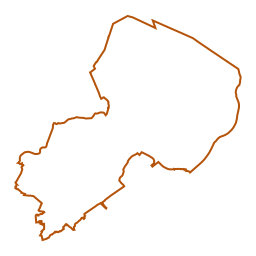 Leudal, Limburg, Netherlands
{"feature_id": "6326949B97609854971564", "entity_name": "Leudal", "entity_type": "district", "adm_level": 2, "iso_a3": "NLD", "parent_name": "Netherlands", "parent_adm1": "Limburg", "projection": "mercator", "projection_center": [5.85, 51.234], "detail": "fine", "context": "isolated", "style": "outline", "palette": "amber", "viewbox_px": 256, "rotation_deg": 0, "n_neighbors": 0, "source": "geoboundaries", "source_scale": "gbopen_adm2", "svg_char_len": 5549}
<svg xmlns="http://www.w3.org/2000/svg" viewBox="0 0 256 256"><path d="M239.4,85.0L239.5,84.2L240.0,82.6L240.2,79.7L240.5,78.9L240.6,77.1L240.5,76.5L240.1,75.6L239.4,73.8L239.1,72.4L239.0,71.7L238.3,69.0L213.3,52.2L199.3,42.7L192.8,38.1L152.8,20.5L155.4,28.0L132.8,17.4L127.6,16.0L113.1,23.8L109.1,35.9L109.0,36.0L108.8,36.0L108.3,37.4L108.5,37.5L104.5,50.0L98.9,58.5L96.6,62.2L96.0,62.3L93.7,66.0L93.8,66.3L95.0,68.7L90.2,72.5L90.3,72.7L90.2,72.7L92.8,78.6L95.3,84.4L95.2,84.5L96.2,86.6L99.0,93.2L99.6,95.1L99.9,96.1L101.2,98.8L101.4,98.7L103.4,97.4L103.8,97.3L107.5,100.5L108.2,101.4L108.3,101.8L108.2,101.8L108.3,103.3L108.8,105.4L108.8,106.8L108.7,107.1L108.7,107.3L108.7,107.7L108.0,107.8L108.2,108.8L108.2,109.2L106.9,113.4L106.9,113.8L105.7,115.2L104.2,113.1L103.7,112.7L103.0,112.5L100.3,112.4L97.5,113.5L97.1,113.6L95.6,113.4L95.1,113.5L94.7,113.9L93.4,116.0L91.8,117.9L91.3,118.2L85.9,118.5L82.9,117.8L80.8,117.8L78.1,117.5L77.1,117.2L76.6,117.2L74.0,118.2L71.8,118.5L70.9,118.8L68.6,119.3L68.3,119.4L64.5,122.6L64.0,122.8L59.7,123.5L59.3,123.4L58.2,123.0L57.2,123.9L56.5,124.1L56.0,123.9L55.3,123.3L55.0,123.1L54.5,123.2L53.8,123.8L53.7,123.6L53.1,124.6L53.0,125.7L52.9,126.2L52.9,127.3L52.9,127.2L52.8,128.2L47.4,142.5L47.2,142.7L46.5,145.9L46.2,146.5L45.9,147.0L45.4,147.3L44.6,147.5L44.1,147.5L43.0,147.3L42.5,147.4L42.1,147.6L41.0,148.3L40.4,149.0L40.3,149.3L40.1,149.7L40.1,150.2L40.1,151.7L40.0,152.3L39.8,152.8L39.3,153.3L38.5,153.7L37.5,153.9L34.8,154.0L31.6,152.7L28.7,151.8L28.1,151.8L25.2,152.2L24.7,152.3L21.2,155.0L20.6,155.7L19.8,157.6L19.8,158.3L19.9,160.5L19.8,161.0L19.5,161.4L18.4,162.6L18.4,162.8L18.1,163.0L19.2,163.3L20.1,164.1L20.4,163.9L21.9,163.3L21.8,163.9L22.2,165.2L22.4,165.2L24.0,164.8L22.2,166.3L22.2,166.5L21.5,167.1L22.3,169.3L21.0,173.3L16.0,182.1L15.9,182.0L15.5,182.4L15.6,182.6L15.6,182.8L16.4,183.9L16.8,184.4L16.4,184.3L16.2,185.7L16.1,186.9L15.4,186.9L15.4,188.2L15.4,188.3L18.2,189.6L18.3,189.4L21.9,192.6L21.7,192.9L24.9,193.9L24.1,195.1L29.2,195.7L30.8,195.7L33.6,196.2L41.8,203.2L40.6,205.7L40.7,205.8L39.7,208.3L38.6,210.2L38.9,210.4L39.1,211.0L39.3,211.1L40.5,211.3L42.3,211.5L44.0,211.8L44.3,212.3L43.1,213.1L42.0,214.0L41.7,214.1L40.9,214.0L38.6,214.9L38.3,215.1L38.3,215.4L38.0,215.3L37.8,215.4L37.3,214.7L37.1,214.6L36.4,214.7L35.8,215.5L35.7,216.0L36.2,222.5L36.9,222.4L37.3,222.2L38.1,222.1L38.2,222.3L38.6,222.2L38.8,222.3L39.8,222.9L39.6,222.2L39.5,221.1L41.5,221.0L41.8,223.9L41.3,223.9L41.1,224.1L41.9,224.3L42.7,224.8L43.2,223.8L44.0,223.8L44.2,227.2L44.1,227.6L44.1,229.1L43.6,229.4L43.1,230.0L42.4,230.4L41.5,231.4L42.1,231.8L40.9,234.1L40.1,235.5L41.7,235.8L42.5,240.0L43.0,239.8L43.3,239.8L43.6,239.5L44.0,239.6L45.7,239.0L46.0,239.0L46.6,238.7L47.0,238.6L47.4,238.2L47.5,238.1L47.8,237.9L48.3,237.9L48.9,237.6L49.0,237.4L49.1,237.1L49.4,236.7L49.6,236.4L49.7,236.0L50.1,235.4L50.9,234.8L51.4,234.6L51.7,234.6L51.8,234.4L52.1,234.4L52.2,234.2L53.1,233.7L53.5,233.5L53.6,233.4L53.7,233.1L54.4,232.6L54.7,232.1L55.0,232.3L55.5,232.1L55.7,231.8L55.9,231.9L56.0,232.1L56.4,231.8L56.6,231.7L57.4,232.0L57.7,231.9L57.9,232.1L58.1,232.0L58.5,232.1L58.8,231.8L59.6,231.4L59.9,231.1L60.1,231.1L60.4,231.4L60.5,231.4L63.7,229.0L63.2,228.2L63.6,227.8L63.3,227.0L64.2,226.3L64.9,225.4L65.7,224.4L66.4,225.0L66.8,224.4L69.2,226.5L71.2,227.9L72.4,229.2L73.3,230.0L74.3,229.8L74.1,229.5L74.0,229.3L73.9,228.0L74.0,226.8L74.3,226.7L74.9,226.1L74.9,224.5L75.2,223.8L75.8,223.4L77.4,222.5L78.7,221.1L80.4,219.8L80.8,219.3L81.2,218.4L81.7,217.9L82.2,217.7L82.7,218.1L83.0,218.2L83.6,218.8L83.9,219.0L84.5,218.3L84.1,218.2L83.7,217.7L85.0,216.0L84.5,215.7L84.6,215.0L84.4,213.9L96.1,205.9L96.6,205.4L97.0,205.1L97.7,204.7L99.0,204.1L100.6,203.1L101.6,204.3L102.5,205.1L105.1,207.7L106.1,208.5L106.4,208.0L105.1,206.8L103.6,205.0L103.3,204.5L102.7,203.5L102.8,203.3L102.3,202.4L104.2,201.0L104.5,200.9L104.7,200.7L104.9,200.3L104.9,200.2L106.3,199.0L109.8,196.4L110.2,196.0L124.1,186.4L123.9,186.1L124.0,186.0L123.2,184.8L121.0,182.8L120.8,182.6L120.4,181.8L119.4,180.8L119.3,180.1L119.7,178.4L119.8,178.1L120.2,177.5L120.5,177.1L122.1,175.8L122.7,174.8L122.9,174.3L123.7,171.5L123.7,171.0L123.3,169.9L123.3,169.5L124.9,166.4L126.0,165.0L127.8,162.4L127.8,162.0L127.8,161.5L127.9,161.2L129.0,159.4L131.3,156.9L132.7,155.8L134.4,155.1L136.3,154.1L137.4,153.2L139.5,155.0L141.5,152.4L141.6,152.5L142.1,152.4L148.1,155.4L149.7,156.3L152.2,157.9L153.1,158.6L153.7,159.5L154.1,160.5L154.2,161.3L154.2,162.1L153.9,163.2L153.3,163.9L151.5,165.4L152.4,166.6L158.4,162.0L161.6,165.2L163.0,166.4L164.2,167.2L167.5,168.8L168.1,169.0L168.8,169.2L170.7,169.4L173.6,169.3L173.8,169.0L174.4,169.6L175.0,169.0L175.6,169.0L178.1,168.9L180.9,169.0L181.1,169.2L181.3,169.1L181.7,169.0L183.6,169.2L184.1,169.4L184.3,169.8L184.4,169.7L184.3,169.4L184.3,169.1L185.2,169.3L186.0,169.4L186.1,169.6L186.1,170.0L186.2,170.5L186.2,171.0L186.3,171.0L186.3,170.8L188.8,171.3L190.0,172.5L199.6,164.1L202.1,161.8L204.2,159.6L205.7,157.7L207.6,155.1L209.3,152.6L210.7,150.0L213.3,144.7L213.5,144.1L214.3,142.5L215.8,141.2L218.0,138.5L219.5,137.3L219.4,137.3L219.5,137.2L220.9,136.6L223.3,135.8L225.3,134.9L226.9,134.0L228.2,133.1L229.1,132.3L231.6,129.9L232.6,128.6L233.7,127.1L234.4,125.8L235.1,124.5L236.0,122.5L236.6,119.9L236.9,118.6L237.3,115.1L238.3,110.8L239.0,107.1L239.0,105.2L238.9,104.1L238.6,102.5L238.4,101.9L236.6,97.4L236.3,96.6L236.2,95.9L236.3,94.5L236.0,93.8L235.8,92.7L235.8,91.1L236.0,90.4L236.3,89.4L236.8,88.1L237.4,87.1L237.9,86.3L238.5,85.7L239.4,85.0Z" fill="none" stroke="#b45309" stroke-width="2"/></svg>